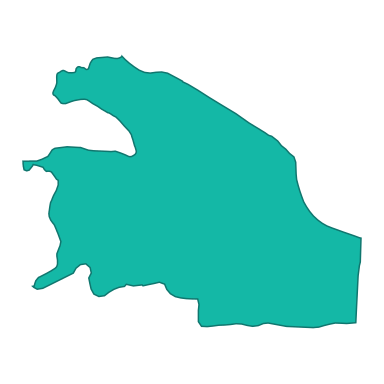 Al Qubaytah, Lahij, Yemen (Mercator projection)
{"feature_id": "15242507B21830684788724", "entity_name": "Al Qubaytah", "entity_type": "district", "adm_level": 2, "iso_a3": "YEM", "parent_name": "Yemen", "parent_adm1": "Lahij", "projection": "mercator", "projection_center": [44.415, 13.329], "detail": "fine", "context": "isolated", "style": "filled", "palette": "teal", "viewbox_px": 384, "rotation_deg": 0, "n_neighbors": 0, "source": "geoboundaries", "source_scale": "gbopen_adm2", "svg_char_len": 4012}
<svg xmlns="http://www.w3.org/2000/svg" viewBox="0 0 384 384"><path d="M54.7,88.7L54.3,89.5L53.6,90.8L52.9,93.0L53.1,94.2L53.6,95.0L54.5,95.4L55.3,96.0L56.2,96.9L57.8,98.7L61.0,103.0L61.5,103.2L63.0,103.6L65.6,103.6L69.1,102.3L71.6,101.4L74.2,100.6L76.7,100.1L80.8,99.4L84.5,99.2L86.9,99.7L89.5,101.3L92.6,103.5L97.8,106.4L101.6,109.1L108.0,112.8L108.3,112.8L109.0,112.9L111.0,114.1L113.3,115.7L115.9,117.0L119.9,120.9L124.4,126.1L129.1,131.1L131.4,134.8L131.8,136.5L132.9,139.7L134.6,145.9L135.1,146.9L136.1,150.3L136.3,151.9L136.0,153.0L135.1,154.4L133.3,155.6L131.6,156.5L129.9,156.7L129.3,156.6L128.5,156.4L127.4,155.9L125.8,155.1L122.9,153.9L120.0,152.8L115.3,151.2L111.0,151.6L107.6,151.4L93.7,150.8L92.9,150.7L88.4,150.2L80.8,147.6L80.5,147.5L79.4,147.5L67.1,146.8L55.7,148.2L54.7,148.4L53.7,149.0L53.0,149.4L52.1,150.0L49.7,153.8L47.8,156.5L45.6,157.5L42.3,159.1L42.1,159.2L37.9,160.7L36.7,161.1L32.9,161.1L32.5,161.1L30.5,161.1L29.7,161.1L28.9,161.2L27.5,161.2L23.0,161.2L23.1,161.7L23.1,163.5L23.1,164.0L23.3,165.2L23.3,166.0L23.8,168.3L24.1,169.8L26.6,170.8L26.8,170.8L29.2,170.1L32.7,165.7L33.2,164.5L34.5,164.9L36.5,165.2L43.1,167.3L44.4,169.6L46.1,171.2L46.6,171.4L47.6,171.2L48.7,171.2L49.7,171.3L50.8,171.7L51.5,172.1L54.9,176.8L56.5,179.2L58.2,180.3L58.2,182.1L58.2,182.7L58.2,185.1L58.0,185.6L56.5,189.9L56.3,190.5L54.6,193.6L53.5,195.7L52.2,198.8L52.1,199.2L51.9,199.8L50.6,202.5L50.1,205.1L49.7,207.7L49.3,210.7L49.1,211.8L49.0,213.1L48.9,213.5L49.2,216.3L49.3,216.8L50.1,218.6L50.5,219.6L50.8,220.2L51.3,220.9L51.8,221.6L52.1,222.0L53.2,223.5L53.3,223.6L53.5,223.8L53.7,224.0L54.4,225.0L54.5,225.4L54.8,225.9L54.9,226.2L56.5,229.9L56.7,230.6L57.8,233.1L58.2,234.2L59.2,236.9L60.9,241.6L60.4,243.8L60.1,245.5L58.6,249.3L56.9,253.8L56.9,256.2L57.5,260.1L57.5,264.1L57.0,265.9L56.3,267.2L55.0,268.4L52.0,270.3L51.1,270.9L49.8,271.6L46.6,273.4L39.6,277.0L38.8,277.3L38.6,277.4L37.6,278.5L35.8,280.8L35.0,283.1L34.2,285.9L34.2,286.0L32.7,286.3L33.9,287.4L37.2,289.2L42.8,288.3L73.3,273.1L76.0,268.2L80.4,264.6L85.8,263.8L88.0,265.7L90.1,267.5L91.3,273.0L88.8,278.0L89.9,283.6L91.1,289.0L93.9,294.1L98.9,296.5L104.5,295.7L109.0,292.2L113.9,289.3L119.1,287.3L124.5,286.4L126.3,284.3L133.4,285.9L142.0,284.9L143.0,285.8L148.4,284.6L153.9,283.5L159.4,282.2L163.6,283.8L163.9,283.9L164.6,284.1L166.8,289.4L170.4,293.7L175.3,296.6L180.7,297.9L186.3,298.6L192.1,298.9L197.7,299.0L199.0,304.6L198.4,310.3L198.4,316.0L198.4,321.7L201.5,326.3L207.2,326.6L213.0,326.0L218.9,325.2L224.6,325.0L230.5,324.5L236.1,323.7L241.6,324.0L247.1,325.4L252.6,326.3L258.2,325.6L263.4,323.5L268.1,323.0L286.5,326.4L313.4,327.6L315.0,327.4L318.8,327.1L324.2,325.5L329.8,324.1L335.3,323.0L341.0,323.2L346.7,323.5L352.5,323.0L355.8,322.7L356.5,307.8L358.1,275.8L359.4,265.6L360.3,262.0L361.0,238.1L359.5,237.8L354.1,235.8L348.6,233.9L343.4,232.1L337.9,230.1L332.3,228.1L327.0,226.0L322.2,223.3L317.6,219.9L313.4,216.0L309.6,211.4L306.5,206.8L303.7,201.9L301.7,196.5L299.8,191.0L298.1,185.3L296.6,179.5L296.1,173.8L295.9,168.0L295.7,162.2L293.9,156.9L289.5,153.4L285.8,149.2L281.4,145.7L277.7,141.0L271.7,136.3L268.6,135.3L264.8,132.6L248.9,122.9L235.9,113.7L219.5,103.8L208.7,97.2L197.8,90.2L187.9,84.3L182.8,81.9L182.5,81.2L177.6,78.5L172.5,75.8L167.6,73.2L161.7,72.0L156.0,72.3L150.2,73.1L144.5,72.4L139.2,70.2L134.2,66.9L129.4,63.3L125.2,59.6L122.1,56.4L122.1,56.5L121.5,56.8L121.2,57.0L119.6,57.9L117.4,58.5L114.8,58.4L114.6,58.4L107.6,57.0L96.8,57.9L94.2,58.8L92.8,59.4L91.5,61.1L90.2,63.3L88.5,68.5L87.8,69.2L86.9,69.5L86.0,69.4L85.0,68.6L84.3,68.0L83.6,67.7L82.7,67.7L81.8,67.6L81.0,67.5L80.9,67.4L80.2,67.0L79.7,66.8L78.9,66.7L78.2,66.8L77.5,67.1L76.6,68.1L76.1,68.8L76.0,69.4L76.0,69.7L75.8,70.5L75.7,71.4L75.1,72.1L74.4,72.5L72.9,72.7L71.1,72.8L69.9,72.7L68.8,72.8L68.0,72.5L66.7,72.0L64.9,71.0L63.6,70.5L62.7,70.5L62.3,70.8L61.7,70.9L60.8,71.4L59.6,72.3L58.5,72.8L57.5,73.4L56.9,74.8L56.7,76.8L56.7,77.3L56.8,80.8L56.8,82.9L56.3,84.8L55.4,87.3L54.7,88.7Z" fill="#14b8a6" stroke="#0f766e" stroke-width="1.5"/></svg>